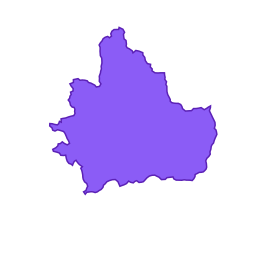 Guapiara, São Paulo, Brazil (Mercator projection), rotated 138°
{"feature_id": "56859067B39220328701947", "entity_name": "Guapiara", "entity_type": "district", "adm_level": 2, "iso_a3": "BRA", "parent_name": "Brazil", "parent_adm1": "São Paulo", "projection": "mercator", "projection_center": [-48.549, -24.213], "detail": "fine", "context": "isolated", "style": "filled", "palette": "violet", "viewbox_px": 256, "rotation_deg": 138, "n_neighbors": 0, "source": "geoboundaries", "source_scale": "gbopen_adm2", "svg_char_len": 3122}
<svg xmlns="http://www.w3.org/2000/svg" viewBox="0 0 256 256"><g transform="rotate(138 128 128)"><path d="M91.4,209.8L93.9,209.0L94.8,206.5L96.1,205.1L97.4,203.8L98.7,202.1L100.2,200.2L100.7,197.7L102.2,195.7L104.0,193.6L106.7,191.8L108.2,189.7L110.3,188.5L111.7,187.3L114.7,185.7L116.1,183.9L118.1,181.9L118.6,178.9L121.3,178.0L124.1,179.7L124.0,182.1L125.5,186.1L126.9,188.3L126.7,190.3L128.1,192.4L129.8,194.2L131.7,195.6L132.1,198.1L136.2,200.5L138.1,198.4L141.6,199.7L142.2,197.3L142.4,193.9L144.2,192.3L146.7,193.1L147.8,190.9L149.8,190.5L151.4,189.2L153.7,188.8L153.9,186.3L155.5,183.4L155.5,180.9L154.3,179.4L154.9,177.5L156.7,175.9L157.6,174.3L160.0,173.5L162.3,174.8L164.5,175.9L167.7,177.2L170.0,178.7L171.6,179.6L173.7,177.0L174.5,178.8L176.6,177.6L178.4,177.6L180.3,180.0L181.4,181.8L183.1,183.6L184.8,181.9L184.4,178.9L185.4,176.8L184.3,174.6L181.5,173.8L179.8,171.2L178.2,168.5L178.4,166.2L179.5,162.9L180.3,160.8L180.7,158.5L181.7,155.7L184.4,156.1L185.6,159.0L186.1,161.7L188.7,161.7L190.5,162.9L192.1,161.7L194.8,161.6L198.2,162.5L199.0,160.6L196.8,157.3L195.7,155.2L196.2,152.7L194.3,150.7L192.5,149.5L194.4,146.3L195.4,143.9L195.6,141.2L194.5,139.3L194.2,137.4L192.5,138.3L190.3,139.1L188.2,138.8L188.6,136.1L188.6,133.4L187.8,129.8L190.0,129.7L190.6,127.7L191.6,125.8L193.0,123.5L194.5,121.6L195.5,120.0L196.3,117.1L195.8,114.3L196.9,111.7L198.9,110.9L201.1,109.7L203.7,110.3L204.1,107.4L201.6,107.8L199.6,106.4L198.0,105.3L196.7,103.9L195.6,102.0L193.4,101.0L191.6,100.9L189.1,100.3L186.4,100.6L184.4,101.9L182.3,101.8L179.7,102.2L177.1,101.4L174.3,100.1L171.9,98.2L171.4,94.9L172.3,92.2L173.0,90.1L171.2,89.4L169.1,88.5L166.3,87.7L163.1,88.1L162.3,85.8L160.8,83.7L158.5,83.7L156.8,83.0L156.3,80.2L154.1,78.6L152.5,77.8L149.9,78.0L147.4,78.3L144.3,78.0L141.8,76.8L139.6,75.0L138.8,72.8L137.9,70.8L137.7,67.3L134.7,64.9L132.2,65.0L129.4,63.0L127.3,61.5L128.0,59.6L127.1,57.1L125.1,55.2L123.0,53.2L120.9,51.9L119.4,50.1L117.1,48.0L115.4,46.0L113.2,46.2L110.8,47.0L109.2,48.5L106.7,47.8L104.8,47.4L103.1,46.0L101.4,45.0L99.6,45.0L97.5,45.2L95.8,46.2L93.5,49.2L92.2,51.6L89.7,52.7L86.9,52.8L84.4,53.5L83.1,55.4L80.6,56.8L78.5,58.6L76.6,59.4L74.5,59.6L72.3,61.0L70.1,62.1L67.8,63.1L66.2,63.8L64.8,66.0L63.9,67.8L64.1,69.9L61.4,71.7L59.6,74.0L58.8,76.7L58.0,79.6L57.4,81.5L56.7,83.9L56.0,86.3L53.2,87.9L51.9,89.2L54.5,89.8L56.5,90.0L59.1,90.6L60.0,94.2L62.1,95.4L64.1,96.7L66.3,98.6L69.2,98.4L74.0,102.2L74.5,105.9L73.5,108.0L73.1,110.2L74.1,112.6L76.0,114.4L77.2,115.7L78.5,117.5L78.7,119.6L77.5,121.0L76.8,123.5L76.1,126.3L74.6,129.1L72.9,131.1L71.2,133.0L70.7,135.1L68.4,136.6L68.1,139.5L66.5,140.9L65.4,142.8L64.0,144.6L66.6,147.0L68.9,148.8L71.0,150.9L71.9,154.4L70.5,155.7L70.6,158.4L68.6,160.2L70.5,162.9L70.0,166.5L68.3,169.3L68.1,172.2L66.6,174.1L68.4,177.8L70.3,180.4L74.0,180.5L73.2,182.6L74.1,186.2L75.0,188.2L74.5,190.2L73.0,191.4L70.9,194.4L71.3,196.8L69.9,199.0L68.5,200.8L66.5,201.4L65.7,204.8L67.3,208.7L69.0,207.5L72.5,210.5L75.2,210.7L77.8,209.5L78.8,207.3L81.4,207.5L81.8,209.6L84.2,210.7L86.7,211.0L89.0,210.1L91.4,209.8Z" fill="#8b5cf6" stroke="#5b21b6" stroke-width="1.5"/></g></svg>